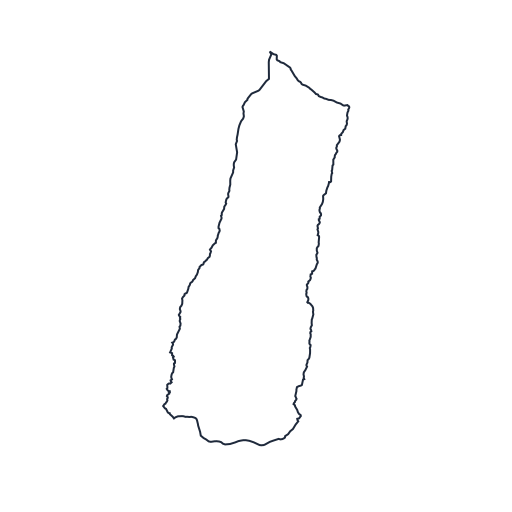 outline of Brasilândia, Mato Grosso do Sul, Brazil, rotated 62°
{"feature_id": "56859067B25661728883389", "entity_name": "Brasilândia", "entity_type": "district", "adm_level": 2, "iso_a3": "BRA", "parent_name": "Brazil", "parent_adm1": "Mato Grosso do Sul", "projection": "albers", "projection_center": [-52.472, -21.061], "detail": "fine", "context": "isolated", "style": "outline", "palette": "slate", "viewbox_px": 512, "rotation_deg": 62, "n_neighbors": 0, "source": "geoboundaries", "source_scale": "gbopen_adm2", "svg_char_len": 6153}
<svg xmlns="http://www.w3.org/2000/svg" viewBox="0 0 512 512"><g transform="rotate(62 256 256)"><path d="M426.7,336.7L426.6,331.0L427.1,327.6L428.1,321.9L429.4,320.5L430.0,318.7L430.1,317.2L429.9,315.7L428.7,314.8L428.4,311.3L426.8,308.1L426.1,304.6L423.4,300.1L421.8,296.3L420.2,296.4L419.1,296.0L419.6,294.2L418.3,291.5L417.1,291.3L416.3,291.9L415.3,292.2L413.4,292.3L411.3,291.9L407.2,292.1L406.1,291.7L404.4,292.4L403.6,291.4L403.3,290.3L402.5,289.7L401.7,287.8L401.0,287.2L400.2,287.3L399.3,287.1L398.1,287.1L394.2,283.7L393.0,283.1L391.0,281.4L391.0,279.4L391.5,277.2L391.4,276.0L387.1,272.4L387.4,271.2L385.7,270.9L384.7,270.1L383.0,269.7L381.8,268.9L381.1,268.3L379.9,266.0L377.6,262.8L376.5,262.9L375.7,262.5L374.2,260.6L372.2,259.4L371.5,257.5L370.8,256.6L367.2,253.9L364.1,252.2L362.5,251.7L361.8,250.7L360.3,249.6L359.1,250.0L357.9,249.8L356.9,249.0L356.0,248.8L353.1,245.7L350.9,244.5L349.5,244.3L348.6,243.5L348.5,242.5L347.1,242.1L346.3,242.2L345.5,241.9L344.5,240.9L343.4,239.2L341.4,238.4L338.3,236.6L337.7,235.8L334.5,232.8L332.0,231.9L331.1,231.1L328.7,230.0L327.0,229.8L323.7,230.5L322.1,231.4L321.7,232.2L320.9,232.4L319.6,230.7L318.7,230.0L317.9,229.7L316.8,229.5L315.9,230.1L315.1,230.2L313.1,229.5L312.3,228.6L310.9,228.2L309.7,227.3L309.1,226.1L308.3,225.6L307.4,225.1L306.1,225.0L305.1,224.5L304.6,222.9L304.1,222.2L303.1,221.8L302.7,219.7L302.0,218.8L301.0,217.8L299.8,217.7L297.9,216.4L298.0,214.8L295.9,213.6L296.2,212.3L295.9,211.2L295.3,210.3L295.1,209.5L291.8,206.1L291.2,205.0L290.5,204.4L289.5,204.1L287.8,204.1L286.2,203.2L285.3,203.1L283.3,202.2L282.1,200.2L279.8,199.8L277.7,198.7L276.9,197.4L276.6,196.3L275.7,195.5L274.6,194.7L273.4,194.3L268.8,191.3L267.6,191.1L266.6,191.8L264.9,190.2L264.0,189.7L261.3,189.2L260.7,188.3L258.3,187.6L257.6,186.8L257.4,185.6L257.0,184.7L256.3,183.9L255.4,183.7L254.1,183.8L253.0,183.3L253.0,182.3L251.2,181.3L250.7,179.6L249.6,178.9L248.6,178.7L247.7,179.1L245.8,178.7L244.9,178.2L244.2,177.4L243.1,176.9L241.1,173.3L239.6,171.6L237.3,169.9L234.5,168.6L234.0,167.7L233.5,164.8L231.3,163.2L228.9,160.7L228.2,159.6L226.0,157.5L225.0,156.8L225.7,155.6L225.4,154.7L221.2,152.3L219.0,150.6L218.6,149.8L216.4,149.2L215.8,148.4L212.0,145.9L211.6,144.8L207.2,142.5L205.9,140.2L204.8,139.6L203.9,138.8L203.4,137.6L202.6,136.6L202.1,135.3L201.3,134.8L198.9,134.7L198.0,134.2L197.3,133.2L196.1,132.6L194.3,128.7L193.4,127.8L192.5,127.2L189.2,126.4L188.7,125.4L189.2,124.0L188.1,123.3L187.4,121.2L185.9,119.5L185.5,117.4L183.5,115.9L182.9,114.5L181.8,113.5L179.8,112.8L179.2,112.3L178.4,111.2L177.4,110.4L176.2,109.9L174.9,109.8L174.0,109.2L172.2,107.8L171.1,106.2L170.0,105.8L169.3,104.6L168.5,103.8L167.6,103.6L166.7,104.2L165.7,104.4L164.6,107.6L163.8,108.4L161.1,109.8L158.4,112.6L155.3,114.6L153.6,116.4L152.2,118.6L150.2,120.3L149.0,121.8L147.1,123.0L146.1,124.1L144.3,125.5L142.6,125.5L141.8,126.2L141.2,127.0L139.1,127.5L134.8,129.1L134.1,129.6L132.5,130.0L128.9,132.1L126.6,134.4L125.9,134.8L125.1,135.0L124.1,134.9L123.0,135.2L122.0,136.0L120.5,136.6L118.2,136.7L115.4,137.3L108.7,137.6L107.7,137.8L106.6,137.4L105.6,137.5L98.8,141.0L96.3,143.5L95.0,143.8L93.2,145.3L92.1,145.4L89.0,143.6L87.9,143.7L86.1,145.7L81.9,147.9L85.2,147.8L88.8,152.3L90.8,153.7L105.7,161.4L106.4,164.9L111.0,175.0L111.2,176.3L110.6,183.1L110.8,184.3L112.8,188.9L113.4,189.9L114.1,190.3L115.0,193.6L116.9,196.1L117.3,197.1L118.1,198.0L122.6,198.9L124.4,200.2L125.9,200.7L127.2,201.3L128.7,202.9L129.8,205.5L130.5,206.5L132.9,209.4L135.5,211.8L140.2,215.3L142.3,217.1L144.4,218.5L145.5,218.7L147.8,221.4L155.6,224.0L161.5,228.3L163.0,231.3L164.3,232.4L165.8,233.2L167.6,233.8L169.7,236.0L171.5,237.0L175.6,242.2L177.4,243.4L180.9,245.2L183.2,247.3L184.8,248.4L186.0,248.9L187.5,251.0L188.3,251.6L190.4,252.3L191.1,252.8L191.6,254.8L192.2,255.7L193.8,257.1L194.6,257.7L195.7,257.7L196.5,258.8L197.5,260.8L199.5,262.1L201.6,265.6L202.2,266.2L203.1,266.6L203.9,267.2L204.1,268.0L205.9,268.4L206.8,268.9L209.5,272.6L212.5,275.3L213.8,276.0L214.7,275.6L216.5,276.1L217.3,276.8L217.8,277.8L220.2,280.3L221.1,280.8L222.3,282.0L222.9,283.3L223.6,284.2L225.5,285.2L225.5,286.3L226.3,289.2L227.9,291.5L228.2,292.6L228.8,293.7L230.7,293.5L232.0,294.8L232.6,295.7L234.1,296.6L234.9,297.4L235.3,299.6L236.3,301.1L236.4,302.2L236.9,303.2L236.9,304.4L237.3,305.2L238.3,306.0L238.7,307.1L238.3,308.3L239.2,311.0L240.1,311.5L241.2,313.7L242.9,314.9L244.7,316.9L245.6,318.7L247.0,320.2L247.7,322.9L248.4,323.7L248.8,324.5L249.0,326.4L249.6,327.3L250.3,327.8L251.0,328.8L251.6,330.0L253.1,331.1L255.7,333.9L256.2,334.8L255.9,335.8L256.2,337.1L257.3,337.7L258.0,339.9L258.9,341.3L260.6,341.8L263.6,343.6L264.9,345.2L265.4,346.7L266.3,347.6L267.2,348.2L269.3,348.5L270.1,349.0L271.8,351.8L272.6,351.9L274.3,351.5L275.0,352.3L276.1,352.4L276.8,353.3L277.6,353.9L280.2,354.3L282.0,355.5L282.5,356.7L284.5,357.4L288.2,362.6L290.8,364.3L291.7,365.9L291.7,366.8L293.1,368.4L293.4,369.5L293.2,370.6L294.2,370.5L295.4,370.9L296.6,372.8L297.3,373.5L298.2,373.8L300.8,377.1L302.4,375.7L304.3,376.7L305.2,376.0L306.3,375.9L306.5,376.9L308.8,377.4L310.0,376.5L311.7,377.3L312.5,378.0L312.4,378.9L313.3,379.4L315.3,379.9L316.1,381.0L319.8,383.8L320.1,385.0L321.0,386.1L322.7,387.5L323.7,387.9L325.5,388.1L325.7,389.8L326.6,390.0L327.9,389.8L328.4,391.6L327.7,392.6L327.8,394.0L328.1,394.9L330.4,395.9L331.1,396.4L331.4,397.2L332.9,397.1L334.1,396.7L334.9,395.6L336.0,396.1L336.0,397.2L336.8,397.3L337.2,399.8L337.9,400.5L339.3,400.2L340.0,400.7L340.6,401.7L341.9,402.0L342.8,403.2L343.1,404.2L343.9,405.3L343.8,406.3L344.9,408.4L347.8,407.9L348.7,407.2L352.8,407.3L353.8,406.7L354.3,406.0L355.2,406.3L358.8,405.0L360.9,404.7L360.6,403.0L360.9,400.2L362.7,396.4L363.5,395.2L364.9,393.8L365.6,392.3L366.9,390.4L367.6,388.6L369.2,386.8L370.7,385.5L371.9,385.1L373.3,385.2L377.2,386.2L378.6,386.7L385.0,387.9L388.7,389.1L392.2,387.7L394.5,386.2L397.5,384.8L398.9,383.1L400.1,379.7L401.0,377.8L402.6,375.5L404.1,374.1L406.2,373.3L407.9,371.7L409.8,367.2L410.8,362.0L411.2,358.4L411.9,356.0L412.6,353.9L413.9,351.4L416.1,348.6L419.4,345.5L424.6,341.6L425.6,340.2L426.5,338.1L426.7,336.7Z" fill="none" stroke="#1e293b" stroke-width="2"/></g></svg>